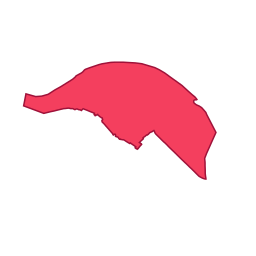 outline of Duyen Hai, Trà Vinh, Vietnam, rotated 235°
{"feature_id": "81297802B81116648730753", "entity_name": "Duyen Hai", "entity_type": "district", "adm_level": 2, "iso_a3": "VNM", "parent_name": "Vietnam", "parent_adm1": "Trà Vinh", "projection": "mercator", "projection_center": [106.448, 9.668], "detail": "fine", "context": "isolated", "style": "filled", "palette": "rose", "viewbox_px": 256, "rotation_deg": 235, "n_neighbors": 0, "source": "geoboundaries", "source_scale": "gbopen_adm2", "svg_char_len": 4982}
<svg xmlns="http://www.w3.org/2000/svg" viewBox="0 0 256 256"><g transform="rotate(235 128 128)"><path d="M107.7,122.5L107.4,122.6L106.9,122.7L106.5,122.9L106.3,122.9L106.0,123.1L105.8,123.2L105.6,123.3L105.4,123.4L105.5,123.6L105.6,123.9L105.6,124.0L105.3,124.2L105.3,124.4L105.5,125.0L105.7,125.5L105.8,125.8L106.0,126.6L106.1,127.0L106.3,127.5L106.4,128.0L106.5,128.8L106.6,129.1L106.8,129.7L106.8,129.8L107.3,129.9L108.0,129.6L108.4,129.5L109.0,129.2L109.6,129.0L109.8,130.3L109.9,131.0L110.0,131.5L110.1,132.3L110.2,133.4L110.4,134.2L110.4,134.4L110.5,134.5L110.9,134.4L111.1,134.5L111.3,134.6L111.4,134.9L111.4,135.3L111.4,136.0L111.4,136.5L111.3,136.9L111.4,137.3L111.5,137.7L111.5,138.3L111.5,138.5L111.6,139.1L111.6,139.3L111.5,139.6L111.4,139.6L111.2,139.7L111.2,139.8L111.2,140.0L111.2,140.6L111.2,140.8L111.3,141.0L111.2,141.3L111.3,141.5L111.5,141.9L111.5,142.0L111.5,142.4L111.5,142.5L111.6,142.8L111.7,143.0L111.7,143.3L111.6,143.5L111.5,144.0L111.4,144.8L111.3,145.0L111.3,145.3L111.3,145.6L111.2,145.7L111.2,145.9L111.1,146.0L111.1,146.3L111.2,146.6L111.2,146.8L111.2,147.0L111.1,147.3L111.1,147.6L111.1,147.8L110.8,147.8L109.7,147.6L108.6,147.3L107.8,147.3L107.2,147.3L104.9,147.7L101.2,148.4L99.3,148.7L96.1,149.3L94.7,149.7L91.5,150.3L89.9,150.5L87.1,151.0L82.6,151.9L75.6,153.2L72.2,153.8L68.3,154.6L67.6,154.7L65.4,155.2L62.3,155.8L61.0,156.0L59.6,156.3L57.8,156.7L51.0,157.9L49.3,158.2L47.7,158.5L46.8,158.9L44.8,159.9L43.5,160.7L42.6,161.4L41.9,162.0L41.5,162.6L42.8,163.3L43.9,163.8L46.5,165.2L49.1,167.0L53.1,169.6L54.5,170.6L56.0,171.6L58.0,172.7L59.1,173.4L59.4,173.7L60.3,175.1L62.2,177.9L64.7,182.1L67.1,186.1L69.5,190.1L72.0,194.3L73.9,197.5L94.0,200.2L96.1,200.7L99.3,200.4L102.5,200.0L105.2,198.9L107.8,197.3L110.3,196.5L111.5,196.6L112.7,197.6L112.9,198.6L111.8,200.3L111.8,200.8L112.9,200.8L115.2,200.6L118.3,199.7L123.8,198.4L131.9,196.6L146.2,191.6L152.1,189.6L158.0,186.9L162.1,184.6L172.7,176.2L174.8,173.9L177.2,171.2L184.4,162.1L189.3,155.2L191.7,151.4L195.5,143.5L196.6,140.5L199.4,131.0L200.5,126.7L200.5,125.6L199.9,123.2L199.8,121.5L200.5,115.5L200.0,113.8L199.7,110.5L200.4,96.7L201.1,90.1L201.4,81.9L203.6,75.6L206.7,70.4L214.5,64.0L208.5,57.8L206.0,55.2L188.3,67.4L188.1,67.9L186.9,71.0L185.7,74.1L184.4,77.1L183.2,80.3L181.9,83.6L181.0,85.8L181.0,86.0L180.9,86.2L180.4,87.0L179.8,88.0L179.6,88.5L179.3,89.0L178.8,90.0L178.7,90.3L178.5,90.5L178.0,91.1L177.9,91.3L177.7,91.4L177.3,91.7L177.0,92.0L176.8,92.1L176.7,92.3L176.4,92.7L175.9,93.3L175.8,93.6L175.6,93.8L175.3,94.1L175.1,94.2L174.9,94.3L174.4,94.5L174.2,94.6L173.9,94.7L173.8,94.8L173.6,95.0L173.4,95.3L173.4,95.7L173.3,96.2L173.2,96.5L173.0,96.9L172.9,97.0L172.7,97.3L172.4,97.5L171.7,97.9L171.5,98.0L171.3,98.1L171.2,98.2L171.0,98.4L170.6,98.9L170.5,99.1L170.4,99.2L170.2,99.3L169.8,99.5L169.6,99.6L169.1,99.8L169.4,101.7L169.5,102.3L168.6,102.9L167.8,103.4L167.1,103.9L165.6,104.9L164.3,105.7L162.9,106.6L160.2,108.4L159.4,108.9L159.1,108.4L158.8,108.3L158.5,108.0L158.3,108.0L158.2,108.2L158.2,108.4L158.1,108.5L157.8,108.4L157.6,108.3L157.6,108.5L157.4,108.7L157.2,108.7L156.9,108.5L156.8,108.4L156.7,108.5L156.7,108.8L156.8,109.2L156.8,109.4L156.8,109.5L156.7,109.7L156.6,109.9L156.6,110.0L156.5,110.3L156.5,110.6L156.5,110.9L156.5,111.0L156.4,111.0L156.2,110.9L156.1,110.7L155.8,110.8L155.3,110.9L154.8,111.2L154.2,111.3L153.9,111.3L153.7,111.3L153.5,111.5L153.4,111.5L153.2,111.6L152.9,111.7L152.7,111.8L152.4,111.9L152.1,111.9L151.9,112.0L151.6,112.2L151.5,112.3L151.4,112.4L151.3,112.5L151.2,112.6L150.8,112.5L150.7,112.4L150.4,112.4L150.1,112.3L150.0,112.2L149.8,112.2L149.7,112.2L149.5,111.8L149.3,111.8L149.2,111.5L149.1,111.3L149.0,111.2L148.9,110.8L148.9,110.7L148.2,110.5L148.0,110.4L147.6,110.3L147.4,110.3L147.4,110.5L146.9,110.6L146.2,110.6L145.7,110.7L144.8,110.8L144.1,110.9L142.7,111.0L142.3,111.0L142.0,111.1L141.3,111.2L139.9,111.3L138.5,111.5L137.0,111.6L135.6,111.8L134.2,111.9L131.9,112.2L131.6,112.2L131.4,112.2L131.2,111.9L131.0,112.0L130.8,112.0L130.7,112.0L130.7,112.4L130.6,112.7L130.6,112.9L130.6,113.1L130.4,113.3L130.3,113.5L130.4,113.8L130.2,113.9L129.9,114.0L129.7,113.9L129.6,113.7L129.4,113.7L129.2,113.6L128.9,113.5L128.8,113.4L128.6,113.2L128.4,113.0L128.2,113.0L127.6,113.6L127.4,113.6L127.2,113.9L127.0,114.0L126.8,114.2L126.6,114.3L126.3,114.4L126.1,114.5L125.9,114.5L125.6,114.5L125.4,114.5L125.1,114.5L124.7,114.4L124.5,114.5L124.3,114.6L124.0,114.7L123.8,114.8L123.5,115.0L123.4,115.0L123.2,115.1L123.1,115.3L123.1,115.5L122.9,115.5L122.9,115.4L122.8,115.5L122.5,115.8L122.3,116.0L122.1,116.3L121.9,116.4L121.7,116.6L121.4,116.9L121.1,117.3L121.0,117.6L120.7,117.7L120.2,118.0L119.7,118.2L118.7,118.6L118.1,118.8L117.4,119.1L116.6,119.5L115.8,119.8L114.4,120.5L114.2,120.6L114.2,120.8L114.3,121.0L114.4,121.3L113.9,121.5L111.6,122.3L111.2,122.5L110.4,122.8L110.0,122.9L109.1,123.2L108.7,123.4L108.3,123.5L108.1,123.6L108.0,123.4L108.0,123.2L107.9,123.0L107.7,122.5Z" fill="#f43f5e" stroke="#9f1239" stroke-width="1.5"/></g></svg>